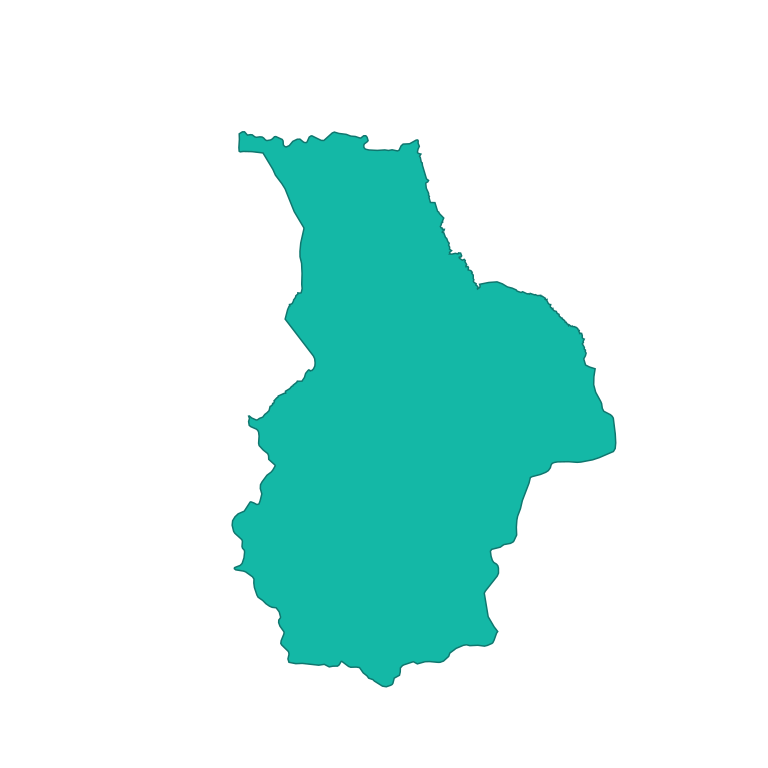 Ban Thi, Lamphun, Thailand, rotated 70°
{"feature_id": "78962969B75208473855809", "entity_name": "Ban Thi", "entity_type": "district", "adm_level": 2, "iso_a3": "THA", "parent_name": "Thailand", "parent_adm1": "Lamphun", "projection": "albers", "projection_center": [99.132, 18.647], "detail": "fine", "context": "isolated", "style": "filled", "palette": "teal", "viewbox_px": 768, "rotation_deg": 70, "n_neighbors": 0, "source": "geoboundaries", "source_scale": "gbopen_adm2", "svg_char_len": 6167}
<svg xmlns="http://www.w3.org/2000/svg" viewBox="0 0 768 768"><g transform="rotate(70 384 384)"><path d="M655.5,361.8L649.8,363.6L638.3,365.7L614.8,361.3L613.2,359.5L603.2,343.3L600.9,341.1L596.1,339.4L593.7,339.2L591.7,339.9L589.2,341.9L586.8,342.5L582.5,342.3L577.5,341.2L576.2,339.3L577.1,330.5L575.9,326.3L577.0,319.7L576.6,316.8L576.0,315.7L571.3,311.0L563.8,308.6L557.5,305.8L554.0,303.7L547.8,298.4L540.9,293.9L526.7,281.6L522.0,278.5L521.7,276.7L522.5,267.9L522.3,262.2L521.6,259.2L519.6,256.3L517.5,254.9L516.1,253.2L516.0,250.8L516.5,247.7L520.1,237.2L523.7,229.2L524.7,225.6L526.6,213.9L526.8,207.0L525.9,191.5L523.7,188.8L518.6,186.4L510.1,183.8L494.5,180.2L492.4,180.6L490.3,181.7L484.8,186.8L481.6,187.2L476.8,186.2L474.7,186.3L464.1,187.9L456.4,187.2L449.0,184.3L441.9,180.4L438.3,185.1L435.1,188.1L428.7,187.7L426.3,185.0L424.1,183.5L422.3,183.8L421.1,183.1L419.5,183.9L418.2,183.2L414.1,183.9L413.1,182.4L412.2,182.4L410.3,180.5L409.7,181.3L408.3,181.9L406.3,181.1L404.0,181.0L403.5,182.9L402.7,182.5L401.4,183.0L400.5,182.2L399.3,183.1L398.3,183.0L396.6,183.9L396.2,184.8L395.4,185.1L394.5,187.2L393.9,187.3L393.9,188.4L391.8,189.7L392.2,190.6L391.0,190.5L390.3,191.3L388.2,191.8L388.1,192.5L386.3,192.6L384.6,193.5L384.3,194.1L382.9,194.1L382.7,194.7L380.1,196.1L378.4,195.7L376.9,197.1L374.7,197.3L373.5,199.0L371.9,199.8L370.9,199.5L371.0,200.3L369.8,200.4L369.1,201.3L368.0,201.2L366.4,200.2L365.9,201.3L364.3,202.1L361.2,202.4L360.3,201.9L360.1,203.2L359.6,203.7L358.6,203.1L355.4,205.5L355.3,206.3L354.3,206.3L353.4,209.6L351.8,211.2L351.8,212.0L348.8,215.7L349.3,216.7L348.4,217.7L348.4,218.5L344.7,222.2L344.9,223.9L342.3,227.1L340.8,227.6L337.8,230.7L335.0,234.8L330.4,238.5L326.7,242.8L324.4,250.9L323.0,260.1L324.7,260.1L326.0,261.0L326.7,263.6L326.1,263.5L326.0,262.7L324.4,262.6L322.3,263.8L321.4,263.1L319.2,264.7L317.9,264.9L316.8,263.9L315.5,264.1L312.2,262.9L309.8,263.7L309.2,262.9L307.2,263.6L305.5,265.9L303.5,264.8L302.3,265.0L301.8,266.9L301.1,266.7L300.0,265.5L296.7,266.1L295.8,265.4L294.3,266.0L294.5,267.9L292.6,269.5L291.1,270.2L290.5,269.8L291.0,268.4L290.2,267.2L287.2,267.2L286.3,269.1L287.0,269.4L287.0,270.1L285.6,272.3L285.2,275.8L284.2,278.0L283.8,277.4L282.7,277.4L281.8,274.9L279.8,276.3L277.8,275.5L275.6,275.8L274.0,274.6L272.1,275.3L268.6,275.3L267.3,276.1L262.4,276.1L261.4,277.3L260.5,276.8L260.6,275.4L259.3,274.4L258.6,276.2L257.3,276.0L256.5,277.1L255.2,277.2L253.9,275.7L252.4,275.0L252.2,273.7L251.2,273.7L250.9,273.0L250.3,272.9L248.5,271.1L242.9,273.6L241.1,273.8L240.1,274.6L231.0,274.1L229.3,278.3L224.0,277.9L223.3,277.2L221.6,277.6L220.8,277.0L219.6,276.9L214.5,277.3L209.9,276.2L209.3,275.6L209.0,273.7L207.9,272.5L206.1,273.8L205.1,273.9L191.7,273.1L189.2,272.5L188.2,273.1L183.5,272.4L182.1,272.7L180.6,270.7L178.9,273.0L177.6,273.3L175.1,271.8L172.7,269.5L169.4,269.6L167.2,268.7L166.2,268.9L165.8,270.3L167.0,277.8L165.1,284.0L166.1,286.5L169.5,289.9L169.6,291.6L166.7,296.3L166.1,299.9L164.3,303.2L162.2,310.4L158.9,318.2L156.9,321.2L154.8,322.0L152.7,321.3L151.7,320.4L150.5,316.6L149.8,315.7L146.3,315.5L144.5,316.2L143.8,318.2L144.9,321.6L144.7,322.4L141.6,326.3L139.7,330.4L136.5,334.1L133.1,340.7L130.3,344.5L130.4,346.8L134.6,357.2L133.6,359.7L126.2,366.8L125.9,367.6L126.4,369.8L130.2,373.5L130.6,374.6L129.5,376.7L125.2,379.2L124.3,381.8L124.8,386.7L127.6,391.5L127.8,394.9L126.7,396.2L124.9,396.8L121.1,395.7L119.4,396.0L114.5,401.0L114.2,402.4L115.5,405.1L115.9,407.1L115.2,410.8L114.2,411.9L111.6,413.0L110.2,414.1L109.3,416.1L108.5,419.7L107.5,420.9L104.8,422.6L104.0,424.3L103.4,427.2L99.3,428.8L98.6,430.9L99.4,434.5L104.6,436.2L112.2,439.5L115.7,440.5L116.7,439.7L117.3,436.8L120.5,428.6L125.5,418.7L144.4,415.0L150.6,414.6L160.7,411.5L166.7,410.2L191.4,409.4L209.7,405.9L210.8,406.2L223.0,414.0L230.6,417.6L235.7,419.4L242.5,420.2L252.1,423.2L262.2,427.2L266.4,428.3L269.9,430.6L269.9,431.8L268.9,433.8L270.0,434.2L270.9,436.6L272.4,437.6L274.2,440.3L275.0,440.6L276.9,442.7L277.2,443.7L277.0,445.6L278.4,445.7L278.4,446.5L281.1,449.1L289.2,454.7L333.4,440.8L336.5,440.5L340.6,441.5L343.4,442.8L345.6,445.0L346.7,447.1L346.3,448.1L346.5,448.9L345.0,449.7L345.3,450.8L347.2,454.0L350.6,456.5L353.3,460.2L351.7,464.5L352.6,465.5L354.0,469.8L354.6,470.3L354.7,471.7L356.1,474.1L357.1,479.1L359.0,479.6L358.6,480.7L359.1,487.5L360.1,488.2L360.4,489.6L362.2,493.1L363.0,493.0L364.2,494.1L364.2,495.3L364.9,495.4L366.0,497.2L366.1,498.7L369.7,501.1L371.0,503.8L371.8,506.4L373.7,509.3L373.7,512.8L374.4,515.2L374.1,516.4L370.6,520.0L368.0,521.5L367.9,522.2L370.3,522.2L373.0,524.1L376.8,524.8L378.6,523.7L382.7,519.4L384.3,518.5L386.3,518.3L390.2,519.2L396.8,522.1L399.2,522.4L404.7,520.1L409.6,517.1L411.9,517.0L415.4,518.1L422.6,514.3L423.7,514.2L426.9,518.0L428.2,520.2L429.7,525.2L434.2,532.0L436.4,534.5L440.0,536.0L445.5,536.4L451.6,540.5L453.9,542.5L454.0,543.6L453.6,544.9L451.3,546.9L449.2,549.4L449.2,550.2L455.7,558.8L456.1,565.4L457.8,569.4L460.7,573.0L464.8,575.0L471.1,575.7L473.3,575.2L481.7,570.8L483.5,570.9L488.1,573.0L490.0,573.1L492.5,572.1L494.3,572.5L499.4,575.0L504.1,578.7L505.3,581.2L505.4,586.9L505.7,587.5L506.4,587.8L507.9,586.9L511.7,580.1L513.2,578.3L520.2,573.5L522.8,572.9L526.5,574.4L531.0,575.4L538.9,575.6L541.4,575.2L545.9,572.0L550.1,570.1L553.6,567.6L555.6,565.5L557.4,561.9L562.3,560.4L567.6,560.9L568.5,561.5L569.8,563.6L572.2,564.6L576.0,564.6L582.5,562.8L583.4,562.9L584.8,563.7L590.0,568.4L592.5,569.7L594.2,569.4L602.8,565.3L605.3,565.6L609.5,568.3L613.0,568.5L616.6,562.6L618.6,556.3L625.9,541.5L627.0,536.0L631.1,532.2L631.7,528.5L633.2,524.1L632.6,522.2L630.1,519.2L630.2,518.5L637.3,513.9L638.8,512.1L640.5,506.9L642.1,504.0L648.4,502.3L652.4,499.8L655.2,499.0L658.0,495.5L659.8,494.7L667.4,488.8L669.3,485.4L669.4,480.7L669.1,479.1L668.3,478.0L663.9,475.0L663.0,469.1L660.1,467.2L656.4,465.7L654.9,462.9L654.7,461.3L655.0,451.4L658.4,448.4L659.0,440.4L660.4,436.1L664.1,428.3L664.7,426.4L664.7,422.8L662.1,416.4L659.4,414.2L657.1,406.7L656.7,398.7L657.3,395.6L659.2,392.9L661.6,385.2L664.7,379.2L665.0,376.2L664.7,371.3L664.3,370.2L662.4,368.2L656.6,363.4L655.5,361.8Z" fill="#14b8a6" stroke="#0f766e" stroke-width="1.5"/></g></svg>